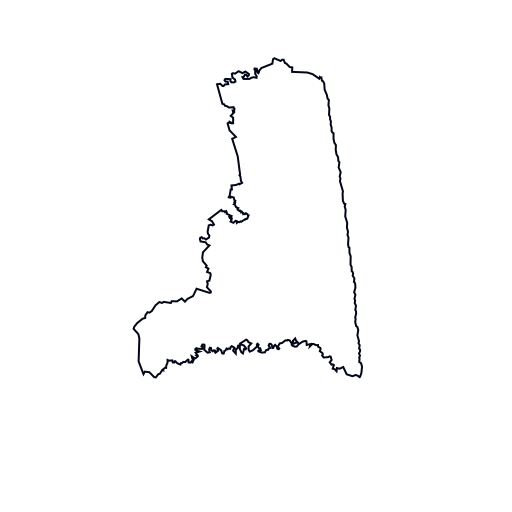 Ugu, KwaZulu-Natal, South Africa (Robinson projection), rotated 322°
{"feature_id": "47623444B80915190121590", "entity_name": "Ugu", "entity_type": "district", "adm_level": 2, "iso_a3": "ZAF", "parent_name": "South Africa", "parent_adm1": "KwaZulu-Natal", "projection": "robinson", "projection_center": [30.195, -30.583], "detail": "fine", "context": "isolated", "style": "outline", "palette": "ink", "viewbox_px": 512, "rotation_deg": 322, "n_neighbors": 0, "source": "geoboundaries", "source_scale": "gbopen_adm2", "svg_char_len": 6153}
<svg xmlns="http://www.w3.org/2000/svg" viewBox="0 0 512 512"><g transform="rotate(322 256 256)"><path d="M262.9,415.1L263.6,415.3L267.1,413.0L271.5,408.4L272.8,405.1L272.1,403.0L274.4,400.7L274.7,399.6L276.5,398.7L277.2,396.2L279.4,395.1L280.4,393.7L280.2,392.5L282.8,390.1L283.1,387.8L284.7,386.6L287.1,380.9L291.0,377.3L292.2,374.3L291.8,372.8L293.6,369.0L295.9,366.8L296.2,365.6L299.3,363.2L300.8,361.1L301.1,359.6L304.2,356.7L304.8,353.9L306.7,352.1L307.2,350.4L310.5,347.7L311.0,345.0L314.8,342.2L316.9,339.2L317.5,337.4L317.2,336.7L319.7,334.3L320.1,331.0L321.7,329.7L322.3,328.1L322.1,326.9L324.6,323.5L325.1,321.1L330.5,314.4L331.5,311.2L334.7,307.0L334.4,306.0L335.7,303.5L340.3,298.3L341.0,295.8L343.4,293.6L345.2,289.5L348.3,286.0L350.7,279.7L355.1,274.8L356.3,271.7L358.4,270.1L357.7,269.1L358.4,266.1L362.6,260.2L364.3,258.6L368.3,248.6L370.2,247.0L370.9,244.9L374.3,242.1L375.6,237.2L379.4,233.5L379.4,231.9L381.5,228.6L382.0,225.4L384.2,221.4L387.2,217.9L387.5,214.9L389.2,211.4L392.7,207.0L392.2,205.4L392.6,203.9L394.5,201.6L395.9,198.2L397.9,196.1L398.6,193.7L400.0,192.1L400.4,189.8L404.6,184.9L405.9,181.8L409.5,177.9L409.3,176.0L411.0,172.7L412.5,167.2L416.0,162.0L416.4,159.4L415.9,158.4L417.4,155.6L416.6,155.3L416.5,154.3L415.0,155.2L412.6,147.6L409.4,143.0L397.8,133.1L400.7,129.7L398.9,127.9L398.4,123.0L397.6,121.7L398.6,118.4L397.6,117.5L395.4,117.4L392.2,111.5L390.6,111.4L387.3,114.5L376.0,111.2L371.9,112.0L371.9,112.7L370.4,113.4L370.1,112.3L371.9,108.9L370.3,107.4L369.8,107.7L369.5,109.5L367.5,111.9L367.2,114.8L366.1,115.9L364.4,113.8L362.3,112.7L360.0,112.5L355.2,108.8L355.4,106.7L356.9,107.2L359.0,106.2L359.9,107.4L359.8,109.3L361.5,109.2L362.5,108.3L361.2,104.1L357.9,103.5L356.1,99.7L351.9,99.4L350.1,97.6L349.1,97.6L347.3,100.9L348.1,104.1L347.2,105.9L345.5,105.6L343.5,104.0L343.5,102.4L344.8,101.0L341.3,97.9L340.2,97.6L339.3,98.3L339.4,99.8L341.0,101.2L339.9,103.5L337.2,101.7L335.1,102.1L334.3,101.4L333.9,98.3L331.0,96.7L323.2,115.4L324.3,116.9L324.1,118.7L325.3,120.0L326.1,122.4L329.9,124.9L329.4,125.7L329.8,126.5L328.0,128.4L327.2,127.1L326.4,128.7L326.7,129.4L322.4,130.0L323.1,133.0L319.7,137.3L319.1,137.0L318.1,134.7L317.8,135.5L316.5,133.9L315.3,134.0L312.5,140.7L313.5,149.8L309.4,149.0L302.9,166.3L293.5,182.2L292.7,182.2L292.6,183.9L290.4,187.5L290.1,189.8L287.2,189.3L287.3,188.7L283.7,187.6L280.1,185.3L278.0,188.7L277.0,188.0L272.7,192.0L270.7,193.0L271.6,194.1L272.0,193.4L272.7,193.8L274.5,196.2L273.4,198.6L273.7,199.7L272.2,200.2L272.6,201.0L272.1,201.5L270.5,201.6L270.9,202.5L270.4,205.3L271.5,207.3L270.3,207.6L270.1,208.4L270.7,210.4L271.4,210.3L271.8,211.5L271.2,212.4L272.2,212.7L271.7,215.0L272.6,214.9L273.0,216.2L274.4,216.1L275.0,218.1L274.6,219.1L275.0,219.5L272.1,221.2L270.8,220.6L270.6,221.6L270.4,220.4L265.4,219.9L265.1,219.2L263.7,219.1L262.9,218.1L261.3,218.1L262.3,216.6L261.6,215.7L258.6,215.9L257.2,213.2L258.6,212.7L258.8,211.9L259.9,211.8L260.3,210.5L258.8,209.9L259.1,208.6L261.1,209.1L258.9,204.6L259.8,203.7L260.1,202.3L258.6,202.3L258.7,201.3L256.9,199.9L257.0,198.3L241.4,198.1L242.7,201.5L242.2,205.4L240.8,205.3L239.2,203.2L237.6,202.8L232.6,207.3L231.8,209.3L231.9,211.1L230.4,212.5L226.7,212.2L226.2,210.2L224.8,209.3L224.8,207.7L223.3,207.3L222.1,208.2L221.3,210.4L224.8,214.3L224.6,216.9L225.8,219.0L216.6,220.4L212.8,224.0L210.9,227.4L211.2,233.2L209.6,234.0L210.8,236.6L207.6,238.5L209.4,241.4L208.6,243.1L204.1,246.7L201.8,245.8L200.8,248.3L198.1,250.4L198.6,256.0L197.9,256.9L196.6,256.3L189.0,245.2L181.7,248.8L175.6,247.6L171.9,248.2L171.3,243.7L165.8,243.1L161.7,239.7L160.0,240.6L155.1,235.4L153.0,235.1L151.5,232.8L146.5,233.0L140.0,235.2L137.1,235.0L135.9,233.5L132.3,234.6L130.5,236.6L128.0,235.6L121.1,235.7L116.5,236.8L114.7,238.1L115.2,245.2L113.3,249.2L98.6,266.8L94.6,279.8L97.2,278.7L100.4,281.9L101.2,288.8L102.3,290.0L106.2,289.0L107.9,289.6L111.8,288.2L112.3,288.8L112.4,288.1L115.6,288.1L116.3,288.8L117.8,287.1L120.5,285.7L122.3,283.5L123.0,284.9L125.8,286.8L124.9,288.6L126.0,289.6L127.2,288.9L127.7,289.3L127.9,292.0L129.6,295.0L130.7,294.2L131.6,294.8L133.5,294.7L134.9,296.0L138.5,295.7L138.9,296.2L137.4,298.4L138.7,299.6L140.4,299.3L139.9,300.2L140.4,300.8L142.9,299.5L142.8,297.3L143.6,295.5L144.7,299.0L145.4,299.4L148.5,299.2L148.8,298.5L147.9,297.4L148.8,297.2L148.9,295.0L152.7,296.5L150.8,293.7L150.4,292.5L151.2,291.8L152.5,292.1L152.6,292.9L156.5,296.1L158.0,294.4L157.6,293.5L159.3,292.8L160.5,293.7L160.6,294.6L157.5,298.1L158.3,302.3L160.3,303.4L161.5,300.8L163.2,299.9L163.9,300.7L163.0,302.4L163.1,304.3L164.8,304.4L165.6,305.5L164.5,306.3L164.5,307.3L167.8,307.3L168.6,305.1L169.3,305.0L170.5,308.9L169.4,311.8L169.9,312.7L170.6,313.0L172.5,311.4L173.7,311.7L175.8,310.8L176.3,312.1L177.2,311.9L178.6,313.2L179.8,312.2L181.4,312.1L182.5,314.9L179.7,316.5L180.0,320.4L182.7,317.0L184.6,317.4L186.7,315.6L187.5,316.0L187.8,317.1L186.1,319.1L185.2,322.7L185.7,324.7L189.4,321.9L190.3,323.2L191.4,322.7L191.4,319.1L189.3,315.9L189.5,315.2L196.8,315.9L197.3,317.1L197.0,319.2L198.4,322.0L194.5,322.7L192.4,325.5L192.2,327.5L195.7,328.4L201.3,327.9L202.0,326.4L203.1,326.0L203.5,327.4L201.7,328.7L201.5,330.7L202.5,331.3L201.8,333.2L199.5,332.1L199.2,332.6L201.0,335.6L203.7,337.4L206.0,336.4L207.8,337.4L208.8,336.7L210.6,337.2L210.9,334.2L212.6,333.5L213.5,334.3L213.7,335.5L212.4,338.7L213.1,339.1L214.9,337.9L216.4,337.8L216.5,340.4L215.7,342.2L216.5,343.4L217.3,343.3L217.4,340.8L221.0,339.5L222.9,340.6L227.3,340.6L228.6,341.8L229.4,341.7L230.6,343.3L230.3,346.3L232.6,346.3L232.9,345.6L236.1,345.1L235.5,347.2L235.7,350.2L234.3,349.0L230.5,347.9L229.5,348.0L229.5,349.1L230.9,351.5L232.4,352.4L235.2,351.8L240.0,352.2L242.8,353.4L243.2,354.3L241.2,357.3L244.8,359.0L242.9,360.4L246.3,360.1L247.3,360.8L248.2,363.0L250.0,364.3L249.1,365.8L250.1,368.0L249.6,369.1L247.7,370.2L248.6,373.5L248.1,374.6L246.9,375.1L246.8,377.6L250.4,380.0L252.4,380.5L252.8,381.4L251.6,384.5L248.7,385.1L248.6,388.1L249.7,388.6L250.2,389.9L247.1,392.0L248.3,393.6L248.5,396.4L250.8,394.1L252.5,396.3L256.4,397.2L254.6,405.0L258.0,410.1L261.4,411.2L262.7,413.5L262.9,415.1Z" fill="none" stroke="#020617" stroke-width="2"/></g></svg>